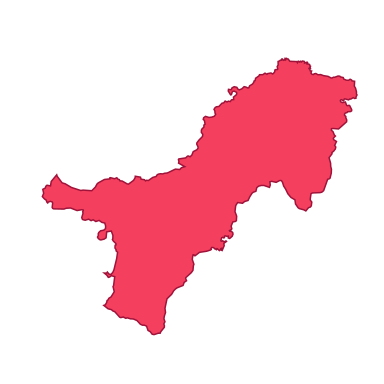 the district of Ambatolampy, Vakinankaratra, Madagascar, rotated 279°
{"feature_id": "10022922B90393204210047", "entity_name": "Ambatolampy", "entity_type": "district", "adm_level": 2, "iso_a3": "MDG", "parent_name": "Madagascar", "parent_adm1": "Vakinankaratra", "projection": "orthographic", "projection_center": [47.599, -19.422], "detail": "fine", "context": "isolated", "style": "filled", "palette": "rose", "viewbox_px": 384, "rotation_deg": 279, "n_neighbors": 0, "source": "geoboundaries", "source_scale": "gbopen_adm2", "svg_char_len": 6067}
<svg xmlns="http://www.w3.org/2000/svg" viewBox="0 0 384 384"><g transform="rotate(279 192 192)"><path d="M187.8,55.7L180.4,51.3L175.9,51.3L176.0,47.7L174.9,46.8L172.9,46.4L171.3,44.2L167.5,45.7L164.1,44.9L162.0,47.4L161.3,49.1L159.1,50.4L158.6,51.2L159.5,51.5L160.6,53.6L160.3,55.5L159.3,56.1L154.9,56.3L154.0,57.0L153.7,58.0L155.1,68.2L156.3,70.4L157.2,74.5L155.7,81.4L157.3,86.0L157.2,87.4L156.7,87.6L155.5,87.1L154.0,87.7L149.5,87.1L148.0,87.9L147.6,88.6L147.4,90.9L149.0,94.2L147.9,96.8L149.1,98.7L147.8,101.6L149.4,104.7L147.9,107.7L147.7,110.7L144.9,112.0L142.3,112.3L140.5,110.8L139.4,107.8L137.5,106.3L136.1,105.9L134.4,106.3L132.7,105.7L131.4,106.7L130.5,108.3L130.4,109.5L131.7,112.6L133.3,114.3L139.3,114.0L140.8,118.4L136.7,120.7L133.4,121.1L132.6,120.8L131.2,122.0L129.2,124.9L127.9,125.2L127.7,124.6L127.0,124.4L124.6,124.7L123.1,126.1L122.0,126.2L120.9,127.9L114.5,128.0L103.1,127.1L100.4,126.4L98.0,125.0L97.9,122.9L99.7,120.9L98.5,120.3L98.2,118.0L96.5,120.9L94.6,122.7L95.1,123.9L96.7,125.4L96.3,128.9L87.5,129.2L86.2,128.8L81.4,130.8L75.8,128.5L73.9,126.4L72.4,126.0L71.5,125.1L69.5,125.0L67.0,124.0L66.2,122.6L63.5,127.4L63.2,130.8L62.1,132.5L61.7,134.4L57.0,140.2L56.8,141.4L57.8,143.6L56.9,146.3L57.6,147.8L57.1,151.0L57.4,154.0L56.4,157.8L53.3,161.7L52.7,163.9L53.0,165.7L52.4,168.1L48.4,170.2L47.5,172.6L45.3,174.9L45.2,176.8L47.2,180.7L47.6,182.7L49.1,183.0L54.0,185.8L55.6,185.7L57.3,184.8L59.6,185.6L62.4,184.1L65.0,184.1L68.9,184.7L72.9,183.5L82.6,184.0L87.8,187.9L91.6,189.4L93.7,190.9L95.1,192.4L98.3,197.8L101.5,198.4L103.5,200.5L105.4,199.3L106.5,199.3L112.2,203.9L114.8,205.2L119.4,204.9L120.9,205.2L125.5,202.8L130.0,202.8L130.3,203.7L129.5,204.4L129.5,205.0L133.6,208.9L135.8,215.8L137.6,219.4L138.2,220.0L139.1,219.6L140.4,220.3L140.4,222.0L139.2,223.8L139.7,224.6L138.9,225.1L139.9,226.0L138.4,228.2L139.1,228.9L140.6,229.3L141.1,230.3L140.7,230.7L139.1,230.3L138.9,230.9L144.0,232.2L146.2,231.5L148.6,233.8L149.0,233.2L148.0,231.7L148.1,230.8L148.7,230.0L148.1,229.2L148.1,228.4L148.6,228.1L151.5,228.5L152.1,229.6L151.6,230.7L152.3,231.2L153.6,231.1L153.9,231.7L153.7,233.6L154.1,234.8L152.3,235.0L152.0,236.5L154.5,238.6L156.6,239.1L158.1,238.7L159.3,237.2L159.2,235.4L159.7,235.0L161.3,236.9L161.9,237.1L164.4,236.0L168.8,237.0L169.8,239.7L170.7,240.3L175.1,239.9L179.4,237.5L185.4,237.3L188.7,238.7L188.8,243.7L190.8,245.4L192.4,248.7L196.3,249.8L200.2,251.5L201.3,252.5L202.7,255.0L206.5,255.3L208.2,256.9L209.3,259.4L209.7,262.1L208.7,267.8L211.2,268.2L214.2,267.3L215.0,269.0L214.7,273.6L216.9,276.6L217.3,277.9L217.1,278.7L215.5,280.0L212.2,281.6L209.5,284.0L205.2,287.0L202.1,290.6L200.4,294.9L196.4,296.1L193.1,299.2L192.4,300.5L191.9,305.2L191.1,307.4L194.7,309.5L195.7,311.3L197.0,312.0L200.8,311.9L202.2,310.4L203.3,309.9L209.0,309.8L209.9,311.1L211.4,318.5L212.1,320.2L213.9,321.8L225.8,324.0L226.5,325.5L227.3,326.2L232.4,326.6L236.2,326.2L239.0,325.0L242.1,324.4L247.3,322.0L251.6,324.3L253.0,324.1L254.4,325.5L256.8,326.8L258.4,327.0L259.2,326.8L260.3,325.6L264.5,326.8L265.7,324.0L266.8,323.2L267.8,323.5L269.7,324.9L270.5,323.7L273.7,321.8L274.8,320.0L276.0,319.9L276.4,319.9L276.8,321.5L277.2,326.9L285.5,333.7L287.3,333.6L289.4,332.3L290.7,332.1L291.6,330.7L292.8,330.5L293.9,331.0L294.7,332.7L295.6,333.1L296.3,336.2L297.2,337.0L298.4,336.8L302.0,334.2L302.2,333.5L301.5,332.0L301.8,331.2L304.9,329.4L303.8,326.5L304.2,325.0L305.3,324.2L306.2,324.5L306.6,325.4L305.8,327.0L306.1,327.6L307.6,327.8L307.9,328.3L307.5,332.3L308.5,333.2L308.6,334.3L310.4,336.5L309.8,338.0L310.3,339.3L311.5,339.1L313.7,339.8L314.4,339.1L316.6,338.8L320.1,337.3L321.9,335.8L326.8,335.3L326.8,332.6L327.6,332.1L328.1,330.5L326.8,329.1L326.6,326.9L327.3,324.2L328.7,323.5L328.9,320.6L329.5,319.9L329.4,318.1L327.7,315.1L327.5,313.7L326.6,312.6L326.4,311.5L327.5,308.3L327.5,303.8L328.1,300.7L327.5,298.1L328.4,295.8L327.9,294.2L327.1,293.7L327.0,292.2L328.0,290.9L330.2,291.2L330.1,289.9L331.6,289.2L332.2,288.2L332.7,288.4L332.7,289.6L333.7,289.1L334.7,289.4L334.9,288.7L335.8,288.6L336.6,287.5L336.5,285.7L337.7,286.0L338.2,285.6L338.1,285.0L337.3,284.7L337.6,283.9L337.0,283.0L337.9,282.9L338.6,282.3L338.6,280.4L337.6,279.9L338.1,278.5L337.2,278.1L337.8,276.5L336.2,275.9L337.2,275.1L336.4,268.2L338.4,266.2L338.3,265.3L338.8,264.6L338.5,263.0L337.3,263.9L336.7,263.3L337.0,262.5L336.4,261.6L337.5,260.6L337.5,260.0L336.2,259.8L336.1,258.7L335.2,258.0L334.4,256.6L331.0,257.2L329.1,256.5L326.9,257.5L326.2,257.0L326.1,255.7L325.5,254.8L323.7,254.9L321.7,253.8L321.2,253.1L321.9,251.4L320.8,248.2L320.0,247.6L320.8,245.5L319.0,243.6L318.4,240.3L317.1,239.9L314.3,237.0L311.9,236.9L311.3,235.9L310.2,235.9L308.1,234.9L305.9,232.3L303.8,231.8L303.5,230.7L304.1,228.8L304.2,227.0L301.7,225.1L300.3,222.7L300.6,221.5L302.4,219.9L302.6,217.2L301.2,215.3L299.1,214.6L299.1,212.0L297.4,212.0L294.0,214.9L294.3,215.7L297.1,216.1L297.9,216.7L298.2,217.9L297.4,220.4L296.2,220.8L295.0,220.6L292.2,218.1L289.8,218.7L289.2,216.6L287.3,215.6L287.4,213.7L286.4,212.5L287.0,210.5L285.0,209.4L284.4,207.7L280.7,205.2L280.0,202.8L279.1,201.7L277.1,200.8L275.6,201.9L273.5,202.4L272.5,203.2L270.4,202.3L269.0,199.7L268.3,197.1L268.8,193.5L267.2,191.9L265.5,191.7L264.5,193.1L261.0,194.3L260.0,193.3L257.9,193.6L256.1,192.1L254.5,191.6L252.3,191.9L250.7,193.6L248.5,193.7L244.3,190.7L241.2,189.1L240.0,189.2L237.5,190.9L236.2,191.1L234.5,190.2L232.1,186.9L228.5,186.1L226.5,184.6L227.0,183.0L226.7,181.9L224.7,180.4L222.6,173.8L221.8,173.5L220.2,174.3L218.4,174.2L215.9,180.9L214.3,177.7L212.3,176.4L212.0,172.0L206.9,164.6L206.2,161.9L205.3,160.3L205.1,157.9L204.3,155.8L203.4,154.8L201.7,154.1L200.3,151.0L196.5,147.1L196.5,145.4L195.7,144.3L196.7,143.1L196.7,139.7L198.6,138.8L198.7,133.5L197.3,133.6L194.4,132.5L189.8,128.0L189.9,126.6L191.9,121.4L191.8,119.0L192.9,118.3L193.0,117.0L194.3,115.5L193.0,113.4L193.4,109.2L193.1,108.6L192.1,108.8L190.7,103.6L186.4,98.0L185.0,96.9L181.8,95.8L177.6,92.8L176.8,84.1L176.1,81.9L177.6,72.3L180.3,65.4L180.7,62.3L186.4,56.4L187.8,55.7Z" fill="#f43f5e" stroke="#9f1239" stroke-width="1.5"/></g></svg>